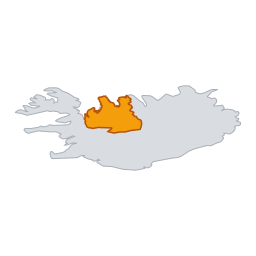 location of Norðurland vestra within Iceland
{"feature_id": "ISL-697", "entity_name": "Norðurland vestra", "entity_type": "Region", "adm_level": 1, "iso_a3": "ISL", "parent_name": "Iceland", "parent_adm1": "", "projection": "robinson", "projection_center": [-19.727, 65.454], "detail": "fine", "context": "in_parent", "style": "filled", "palette": "amber", "viewbox_px": 256, "rotation_deg": 0, "n_neighbors": 0, "source": "natural_earth", "source_scale": "10m", "svg_char_len": 8149}
<svg xmlns="http://www.w3.org/2000/svg" viewBox="0 0 256 256"><path d="M198.6,93.6L200.9,93.7L204.7,92.7L210.1,90.1L212.4,89.5L217.8,89.5L211.4,92.1L209.1,94.9L207.4,96.3L207.4,96.9L212.0,98.6L214.2,98.0L215.2,98.3L216.1,99.1L216.7,100.7L216.4,102.3L215.2,104.0L213.4,105.4L213.7,105.8L215.2,106.1L222.6,105.2L223.6,107.3L224.3,108.0L224.1,108.7L221.2,110.8L224.7,109.5L227.4,109.1L232.2,109.8L234.2,110.6L235.4,112.0L237.8,111.5L238.9,112.3L239.0,113.2L238.0,115.5L235.2,116.7L237.0,118.4L238.5,118.4L238.7,118.8L238.6,119.8L236.5,121.0L240.2,122.3L240.6,122.8L240.5,124.3L239.9,125.1L238.9,125.6L236.3,125.7L234.7,126.3L235.3,127.2L234.9,129.9L232.9,132.1L231.1,133.2L229.2,134.0L224.0,133.1L224.3,135.0L222.4,136.2L222.8,137.1L223.5,137.6L223.2,138.9L221.0,141.4L219.3,142.3L216.0,143.3L211.2,145.6L206.3,145.6L194.4,148.9L189.7,150.7L181.3,156.1L177.8,157.5L171.6,158.2L153.2,161.7L151.2,163.9L151.1,164.3L151.9,165.1L150.5,166.7L147.7,167.8L146.4,167.7L144.1,166.8L143.8,167.3L144.7,168.4L135.7,170.2L123.1,169.3L112.0,166.6L103.2,166.1L97.0,162.5L96.9,161.9L97.5,160.8L99.8,160.3L98.7,159.2L95.0,161.1L93.7,161.1L92.1,160.3L92.1,159.5L89.0,159.2L83.6,156.9L83.2,156.4L84.5,155.6L84.3,155.5L81.3,155.6L77.1,157.7L51.8,158.6L51.0,157.4L50.0,153.3L51.0,151.5L52.0,151.6L54.9,154.0L61.7,152.7L64.4,151.8L67.0,149.5L68.5,148.8L70.6,145.9L72.6,144.1L76.9,143.3L73.1,142.8L66.7,145.1L64.6,145.1L65.6,144.1L67.8,142.9L66.3,142.9L65.8,142.3L65.7,141.3L66.9,139.5L74.4,136.4L72.6,135.8L67.4,138.2L63.6,139.0L60.6,137.9L59.1,136.5L59.2,135.9L61.1,134.0L60.8,133.6L59.6,133.5L56.3,131.8L51.0,131.9L38.0,130.9L28.2,133.3L25.8,132.2L24.0,129.9L24.4,128.9L26.1,128.4L30.9,128.5L38.0,127.4L41.3,126.0L42.5,126.4L43.1,127.0L47.4,126.0L49.8,124.8L53.7,125.4L68.3,124.8L70.2,123.3L71.0,121.5L70.7,121.1L65.3,122.8L64.1,122.7L57.9,121.9L55.6,120.9L56.4,120.1L59.7,118.4L68.2,115.5L69.4,114.9L69.5,114.2L66.2,113.0L59.9,113.4L58.3,111.9L53.1,111.0L49.6,111.6L47.8,110.7L27.1,115.3L20.5,113.2L15.8,112.8L15.4,112.2L18.2,110.2L20.1,109.8L22.0,110.0L25.6,111.4L28.1,111.8L25.0,109.8L24.9,107.8L24.0,107.3L23.1,106.0L23.5,105.5L27.2,105.8L33.2,108.1L36.2,107.7L40.0,106.2L31.5,105.4L28.9,103.6L30.8,102.7L35.2,102.8L30.4,99.7L30.2,99.1L31.1,97.8L37.2,99.0L34.0,97.1L33.9,96.7L34.9,96.4L35.4,95.3L37.0,94.8L40.1,95.2L44.9,97.3L45.5,97.9L45.7,100.1L47.6,99.7L49.9,100.0L51.8,98.6L53.1,98.9L54.1,100.2L53.9,103.1L55.2,102.1L57.5,102.0L57.9,99.7L57.5,97.8L50.2,95.6L47.3,94.0L47.6,93.4L49.1,93.0L56.8,92.6L53.5,91.6L52.7,90.7L46.9,91.0L43.9,90.6L43.9,90.2L45.1,89.4L48.7,87.9L55.4,87.8L58.1,88.2L63.2,91.5L67.4,92.8L74.3,97.2L78.7,98.9L78.9,99.4L78.2,99.9L76.4,100.5L79.1,101.2L80.7,102.4L80.8,102.9L79.3,106.4L77.6,107.6L73.4,106.9L74.4,108.1L77.4,109.3L78.0,109.9L77.6,110.6L79.0,110.4L79.4,110.8L78.7,112.8L78.0,113.5L80.4,113.9L82.1,114.9L84.2,119.0L85.3,115.9L85.9,114.7L86.9,114.3L88.2,111.1L91.0,109.2L93.5,108.5L96.2,110.7L98.1,111.0L100.2,107.0L100.5,104.2L99.9,101.0L100.2,98.7L101.5,97.4L103.3,97.0L107.0,98.3L110.1,101.5L114.7,104.9L118.0,105.7L118.6,105.6L119.1,104.5L118.7,100.0L120.2,97.6L124.0,97.0L129.8,94.8L131.1,94.7L134.0,96.0L139.2,100.5L142.8,102.7L144.8,106.0L145.7,106.6L146.4,105.6L146.5,104.1L142.0,97.1L141.9,96.2L142.3,95.4L150.3,95.8L152.1,96.6L157.7,100.5L160.4,98.9L165.7,94.2L167.6,94.4L172.2,96.3L174.0,96.1L179.4,94.4L180.5,92.2L178.0,87.8L179.0,86.9L183.9,85.8L189.3,86.0L195.0,90.1L195.3,92.0L198.6,93.6Z" fill="#d9dde1" stroke="#a8b0b8" stroke-width="1"/><path d="M85.1,121.6L85.3,121.5L85.5,121.2L85.2,120.5L85.1,120.1L85.1,119.9L84.9,119.6L84.5,119.2L84.4,119.0L84.7,118.7L84.8,118.6L84.7,118.4L84.8,118.2L85.1,118.1L85.2,117.9L85.3,117.5L85.3,117.1L84.9,115.1L84.8,114.3L85.1,113.9L85.7,114.1L86.2,114.6L86.8,115.7L87.4,116.3L87.5,116.5L88.3,116.8L88.6,117.0L88.8,116.8L88.2,116.2L87.8,115.4L87.4,114.5L87.2,113.7L87.2,113.1L87.2,112.7L87.2,112.3L87.3,112.1L87.6,111.9L87.7,111.7L87.9,111.0L88.0,110.8L88.6,110.2L90.9,109.2L92.2,108.3L92.6,108.2L93.0,108.1L93.3,108.0L93.4,107.7L93.6,107.7L93.8,107.8L94.2,108.1L94.3,108.1L94.6,108.1L94.7,108.3L94.5,108.5L94.3,109.5L94.3,110.1L94.5,110.5L94.2,110.9L94.2,111.4L94.4,111.6L94.9,111.5L94.7,111.1L94.7,110.6L95.0,110.4L95.4,110.6L95.6,110.8L95.6,111.1L95.7,111.4L95.6,111.6L95.6,111.8L96.0,112.0L96.3,112.3L96.4,112.5L96.5,112.6L96.7,112.8L96.9,112.9L97.2,113.0L97.4,113.0L97.7,113.0L97.8,112.9L98.2,112.8L98.3,112.5L98.4,112.1L98.7,111.5L98.5,111.4L98.1,111.1L97.9,111.0L97.2,111.0L96.9,111.0L96.6,110.8L97.3,110.7L97.9,110.6L98.2,110.6L98.8,110.3L99.0,110.3L99.3,110.5L99.2,111.7L99.5,112.1L99.4,111.7L99.6,111.3L99.8,111.0L99.5,110.6L99.8,110.3L100.4,109.8L100.7,109.5L100.8,109.3L100.8,108.8L101.0,108.6L101.5,108.5L101.9,108.5L101.5,108.4L101.2,108.1L101.2,107.7L101.5,107.6L101.7,107.4L101.9,107.2L102.1,106.8L102.1,106.4L101.9,105.7L101.5,105.1L101.0,104.6L100.6,104.3L100.6,104.1L101.1,103.8L100.9,103.1L100.4,102.2L99.6,101.3L99.5,101.0L99.3,100.1L99.2,99.7L99.0,99.3L98.7,99.1L98.3,98.8L98.6,98.6L98.9,98.2L99.0,97.7L98.8,97.4L99.2,97.2L99.7,97.2L100.5,97.2L101.1,96.9L101.3,96.9L101.6,96.8L102.3,96.9L102.7,96.7L103.4,96.2L103.7,96.1L104.8,96.3L105.0,96.3L105.6,96.1L105.7,96.7L106.0,97.0L106.4,97.2L106.9,97.4L106.8,97.6L107.0,97.7L107.1,97.9L107.3,98.3L107.6,98.7L108.4,99.6L108.6,99.8L108.6,100.0L109.0,100.3L108.9,100.4L108.8,100.6L108.7,100.7L109.1,101.0L109.6,101.3L110.0,101.6L110.0,102.1L110.3,102.3L111.5,102.4L112.3,102.7L112.5,102.7L113.0,102.9L113.1,103.0L113.4,103.0L113.5,103.0L113.7,103.4L113.7,103.6L113.8,103.8L114.2,104.3L114.3,104.5L114.4,104.8L114.5,105.5L114.7,105.8L115.1,106.2L116.2,106.3L116.6,106.6L116.7,106.1L116.9,105.9L117.5,105.9L117.6,106.0L117.9,106.2L118.0,106.3L118.8,106.3L118.6,106.3L118.4,106.6L118.5,106.8L119.0,106.6L119.3,106.5L119.5,106.1L119.7,105.4L119.8,104.6L119.8,103.9L119.7,103.3L119.4,102.7L118.8,101.7L117.5,100.8L117.5,100.7L117.6,100.4L117.8,100.2L118.1,100.1L118.4,100.1L118.8,99.9L119.2,99.7L119.5,99.4L119.3,99.3L119.1,99.0L118.9,98.8L118.7,98.2L118.8,98.1L119.0,97.8L119.4,97.6L120.6,97.3L123.3,97.0L124.3,97.4L124.8,97.5L124.7,97.0L124.9,96.9L125.0,96.9L125.4,96.9L125.4,97.0L125.7,97.3L126.4,97.7L126.8,97.7L126.5,97.6L126.4,97.5L126.2,97.3L126.1,97.0L126.3,97.0L126.3,96.9L126.1,96.8L125.9,96.7L126.0,96.3L126.2,95.7L126.4,95.4L126.5,95.4L127.4,95.9L127.6,96.0L128.1,96.7L128.8,97.5L129.0,97.7L130.7,98.8L131.0,99.1L131.0,99.3L130.6,99.5L130.4,99.8L130.5,99.9L130.5,100.0L130.4,100.2L130.4,100.3L130.2,100.4L129.9,100.5L130.0,100.7L130.3,100.8L130.6,101.0L130.8,101.3L130.9,101.5L130.9,101.9L130.8,102.1L130.6,102.2L130.1,102.7L130.0,102.8L129.8,102.9L129.6,102.9L128.9,102.9L128.8,103.0L128.7,103.0L128.4,103.4L128.3,103.6L128.3,103.8L128.4,104.0L128.5,104.2L128.7,104.3L129.4,104.6L130.4,105.1L130.9,105.2L131.1,105.3L131.3,105.5L131.6,106.0L131.8,106.4L131.7,106.5L131.6,106.8L131.9,107.0L132.0,107.1L132.2,107.3L132.2,107.5L132.2,107.9L132.0,108.0L131.2,108.3L131.0,108.5L130.9,108.6L130.9,109.0L130.5,109.4L130.4,109.5L130.4,109.8L130.1,110.0L129.9,110.1L129.8,110.3L129.8,110.5L130.0,110.7L130.1,110.8L130.4,110.8L130.6,110.9L130.7,111.0L131.1,111.3L131.3,111.4L132.0,111.4L132.2,111.5L132.5,111.7L133.0,111.9L133.2,112.1L133.6,112.3L133.8,112.4L133.8,112.5L133.7,112.8L133.2,113.2L133.1,113.3L133.1,113.6L133.0,113.8L133.0,114.0L132.7,114.2L132.7,114.4L132.6,114.6L133.0,114.8L133.3,114.9L133.6,115.0L133.9,115.2L134.1,115.5L134.2,116.0L134.3,116.2L134.6,116.4L134.8,116.4L136.3,116.5L136.6,116.8L136.7,117.0L137.0,117.9L137.3,118.3L137.6,118.7L138.5,119.3L140.2,119.8L140.5,120.0L140.9,120.3L141.0,120.6L141.2,121.2L141.5,122.2L141.6,123.5L141.6,124.3L141.5,124.8L141.4,125.3L141.0,127.1L140.1,129.4L130.9,130.5L125.0,132.0L119.8,132.0L114.4,133.0L113.8,133.0L113.3,132.9L107.9,131.6L109.0,130.5L111.4,129.0L111.6,128.8L111.7,128.6L111.7,128.4L111.7,128.2L111.6,127.9L111.4,127.9L105.3,127.7L100.3,127.6L99.4,127.3L99.1,127.3L92.4,128.5L92.1,128.4L91.3,128.0L91.0,127.9L89.3,127.9L89.0,127.8L87.3,127.1L87.1,126.8L86.7,126.4L86.6,126.1L86.3,125.1L85.8,124.4L85.5,124.0L85.3,123.7L85.2,123.4L85.2,123.2L85.3,122.7L85.3,122.2L85.1,121.9L85.1,121.6Z" fill="#f59e0b" stroke="#b45309" stroke-width="1.5"/></svg>